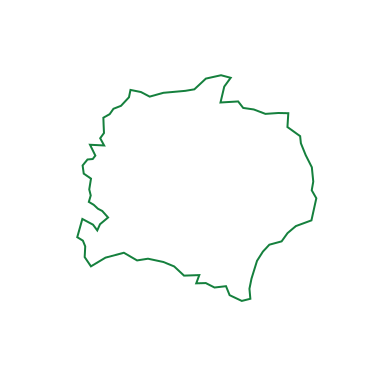 Elia Lefkosias, Cyprus (Mercator projection), rotated 313°
{"feature_id": "46923920B42441045079611", "entity_name": "Elia Lefkosias", "entity_type": "district", "adm_level": 2, "iso_a3": "CYP", "parent_name": "Cyprus", "parent_adm1": "", "projection": "mercator", "projection_center": [32.918, 35.141], "detail": "fine", "context": "isolated", "style": "outline", "palette": "green", "viewbox_px": 384, "rotation_deg": 313, "n_neighbors": 0, "source": "geoboundaries", "source_scale": "gbopen_adm2", "svg_char_len": 1136}
<svg xmlns="http://www.w3.org/2000/svg" viewBox="0 0 384 384"><g transform="rotate(313 192 192)"><path d="M68.7,168.8L85.0,173.5L101.1,183.6L104.5,198.5L113.2,205.3L121.3,218.8L125.4,229.7L125.4,243.2L136.2,254.0L128.1,257.4L134.8,264.2L137.5,273.6L146.3,281.1L142.2,289.9L146.3,302.7L153.7,307.5L160.4,300.0L169.2,294.6L186.0,286.5L196.8,284.5L206.2,284.5L217.0,291.2L227.1,289.9L237.9,291.2L244.6,294.6L252.7,298.7L272.2,287.2L274.9,278.4L282.3,273.6L291.8,262.8L296.5,250.0L301.9,238.4L306.6,233.0L304.6,217.5L315.3,208.7L308.6,201.2L299.2,192.4L294.5,180.9L288.4,172.1L289.7,164.0L276.9,151.8L291.1,143.7L301.9,142.4L297.2,133.6L284.4,124.8L268.7,123.7L261.4,118.1L245.0,103.4L232.9,96.0L230.3,86.5L224.7,77.4L218.3,81.3L206.6,81.3L199.3,77.8L192.8,78.7L185.9,76.5L180.7,81.7L175.1,87.4L168.7,88.2L166.1,96.0L157.0,85.2L152.7,96.5L148.4,96.9L144.5,93.4L136.8,93.9L131.6,100.3L132.9,109.0L123.8,115.1L120.4,120.3L114.4,123.3L115.6,128.9L115.6,134.6L116.9,139.3L116.1,148.0L105.7,146.7L99.3,148.9L100.6,141.9L97.5,130.2L80.7,138.9L82.0,145.4L79.4,151.0L71.2,157.9L68.7,168.8Z" fill="none" stroke="#15803d" stroke-width="2"/></g></svg>